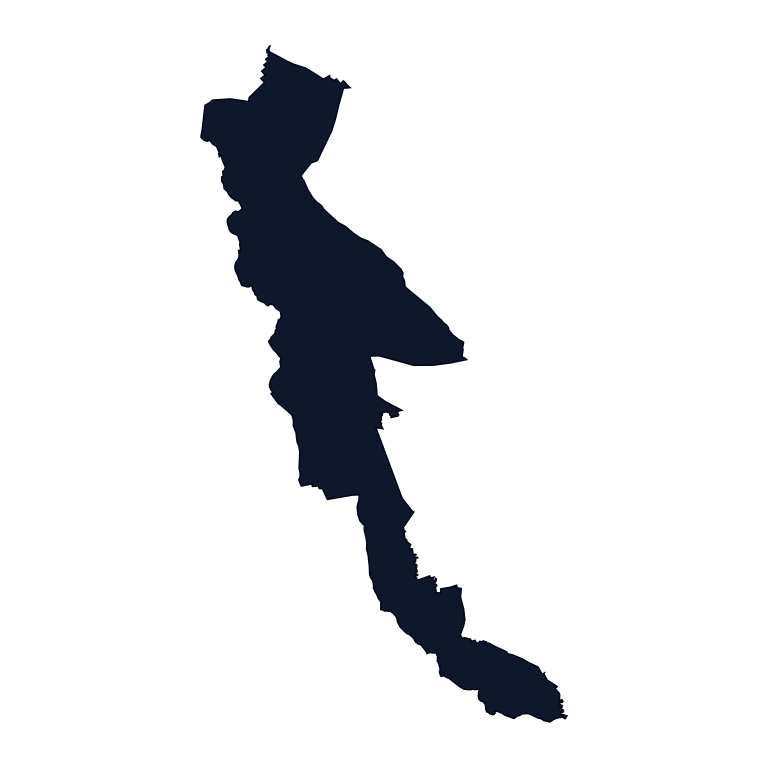 Fortín, Veracruz, Mexico (Mercator projection)
{"feature_id": "50627088B80111986215691", "entity_name": "Fortín", "entity_type": "district", "adm_level": 2, "iso_a3": "MEX", "parent_name": "Mexico", "parent_adm1": "Veracruz", "projection": "mercator", "projection_center": [-96.984, 18.895], "detail": "fine", "context": "isolated", "style": "filled", "palette": "ink", "viewbox_px": 768, "rotation_deg": 0, "n_neighbors": 0, "source": "geoboundaries", "source_scale": "gbopen_adm2", "svg_char_len": 6093}
<svg xmlns="http://www.w3.org/2000/svg" viewBox="0 0 768 768"><path d="M461.3,588.5L457.2,587.9L456.6,585.2L450.2,587.3L440.7,588.9L440.8,592.9L436.4,592.8L435.3,587.2L436.8,585.6L436.1,584.5L434.7,584.3L434.8,583.3L436.2,580.7L436.4,579.0L435.8,578.3L434.6,580.6L432.9,581.7L432.6,580.6L434.0,577.1L430.5,578.1L429.7,575.9L417.1,580.4L416.9,578.3L415.0,575.9L417.5,575.3L417.8,574.9L416.4,574.0L415.5,572.5L416.3,571.7L417.3,571.7L416.1,567.9L417.0,566.2L416.6,564.6L414.4,563.6L414.0,562.8L415.6,561.6L415.7,558.4L417.7,557.8L417.2,557.1L415.3,557.7L414.4,555.7L416.1,554.7L415.5,554.3L413.1,554.5L412.3,548.8L410.4,548.8L409.5,547.0L410.7,544.7L406.8,541.5L406.6,539.7L405.0,538.8L404.1,533.5L403.5,533.4L405.4,531.4L404.0,530.1L402.8,530.9L402.5,530.7L403.7,528.8L403.1,527.6L413.8,512.0L412.5,511.4L411.6,510.3L402.2,498.5L375.9,427.6L382.9,428.7L381.2,425.7L381.5,423.3L380.1,421.9L381.5,419.6L381.0,418.9L381.5,417.3L380.6,416.1L382.0,415.5L382.5,414.7L382.3,414.0L381.2,413.7L381.1,413.0L387.2,411.6L387.4,412.3L388.7,411.9L390.1,415.3L391.0,415.8L391.1,417.5L397.9,416.0L397.6,415.2L398.6,414.9L397.1,411.5L401.8,410.3L385.3,401.6L378.2,396.5L377.0,395.1L376.1,383.5L374.0,374.7L374.7,370.0L373.9,369.5L370.6,359.3L370.0,356.1L378.4,355.8L381.1,356.3L413.6,365.3L433.4,365.2L450.6,362.9L466.6,359.6L464.8,358.0L462.0,356.9L463.1,349.2L462.5,348.4L463.6,342.1L458.8,339.6L453.0,335.1L449.0,330.4L448.3,327.5L446.7,325.1L443.9,323.2L441.4,320.2L437.2,316.5L430.0,307.6L406.6,288.2L405.1,286.5L404.4,281.0L402.6,276.7L402.9,272.7L401.2,269.6L393.4,261.7L386.9,257.4L385.4,255.8L381.3,249.9L367.9,241.0L361.2,238.4L358.4,236.7L354.2,233.9L345.5,226.5L338.3,222.6L325.5,211.0L323.1,208.5L321.7,205.9L316.4,201.8L312.5,197.4L307.6,189.4L304.3,181.5L301.7,177.4L301.2,175.4L311.1,162.9L317.4,160.6L331.7,130.8L335.4,119.1L338.7,105.1L343.6,87.9L346.0,88.1L350.1,87.6L346.9,84.8L344.9,82.1L343.2,80.9L340.4,83.9L336.4,78.9L334.2,80.5L329.8,77.8L329.6,75.6L323.4,79.1L305.9,68.2L293.6,64.2L287.3,61.3L270.1,52.1L269.2,51.2L268.8,49.8L269.2,47.8L270.1,46.1L269.4,46.1L268.3,48.2L268.8,48.5L266.7,49.8L267.3,52.1L266.9,52.5L269.4,54.1L268.0,55.2L269.1,56.4L265.7,59.2L267.7,61.9L263.8,64.9L266.2,67.4L261.7,71.1L265.1,75.2L260.8,78.4L264.5,82.5L249.2,97.5L248.7,101.6L230.1,98.9L212.6,100.1L210.1,102.3L205.0,105.4L202.2,129.8L201.0,136.2L201.1,137.6L204.1,140.2L207.2,141.3L209.7,140.3L213.0,144.4L216.2,146.1L217.0,147.3L218.5,151.0L219.7,152.9L218.6,153.6L219.4,156.7L221.3,155.4L222.4,160.4L225.3,166.9L224.7,169.6L222.8,171.4L223.2,175.5L222.9,176.2L221.7,176.9L221.6,178.1L221.7,181.2L223.5,184.1L224.2,188.6L227.6,191.8L228.4,193.9L231.3,197.5L235.9,200.7L238.5,200.9L241.9,207.3L241.8,209.1L238.6,211.8L235.2,211.2L232.7,212.8L231.9,214.6L229.6,216.4L227.5,219.2L227.4,220.7L227.3,222.5L229.2,229.3L230.8,231.9L232.9,233.4L236.3,234.7L237.9,236.1L240.1,242.3L239.7,243.6L239.8,245.1L240.7,250.6L238.6,250.4L239.1,254.6L239.0,257.1L237.7,260.1L235.9,262.2L234.9,266.1L235.0,268.9L235.7,271.4L237.9,275.9L239.0,279.7L240.4,281.8L241.7,285.4L247.3,286.9L249.4,286.8L251.0,285.5L253.0,287.2L252.2,287.7L252.9,290.1L254.7,292.9L254.9,294.4L257.0,296.0L257.5,298.6L258.2,300.1L258.9,300.0L260.8,301.4L264.8,303.0L266.4,304.9L267.5,305.6L268.1,305.6L270.4,304.1L274.0,305.1L274.3,306.1L276.3,308.7L279.8,310.8L280.5,312.0L281.2,316.6L280.3,318.9L278.5,319.7L278.2,320.2L278.2,321.3L276.1,327.0L276.7,328.3L275.3,330.6L275.3,332.3L274.5,333.9L271.3,337.1L270.9,338.7L268.6,341.2L269.4,343.4L273.0,349.0L274.8,351.1L276.6,352.6L279.0,356.1L280.7,357.7L281.0,358.7L280.0,361.2L280.3,364.7L281.2,366.8L276.1,372.7L274.4,373.6L273.4,374.9L270.7,379.9L269.6,383.8L269.5,386.6L271.3,390.4L272.3,391.3L272.6,392.7L271.0,393.6L278.3,403.6L280.0,404.5L291.5,414.5L292.6,416.7L293.5,420.5L293.3,425.7L296.0,432.6L296.9,440.6L297.4,442.9L298.9,446.2L299.8,452.0L299.1,468.5L300.0,471.9L300.2,476.9L298.8,479.8L300.9,485.1L301.3,486.1L311.7,483.9L312.5,486.4L318.4,485.9L319.3,488.5L322.3,488.5L327.4,499.4L352.3,495.1L359.2,494.9L358.9,500.8L358.0,502.8L357.2,507.2L358.0,514.8L359.8,520.5L363.0,524.3L364.0,524.0L364.4,525.7L364.2,529.7L366.5,539.4L366.4,541.0L366.9,542.1L366.6,549.0L368.2,555.5L369.3,565.6L369.7,574.5L370.5,577.4L372.9,581.0L373.7,585.9L373.4,587.7L374.8,591.1L377.1,595.2L378.3,598.4L380.7,601.5L381.1,603.2L380.8,603.9L380.8,609.7L382.3,609.7L385.1,611.2L386.2,610.9L390.5,611.3L393.0,613.1L395.1,615.4L396.9,618.2L397.5,621.8L400.1,627.0L406.3,633.1L410.1,635.0L413.8,638.6L415.4,641.9L418.2,643.9L421.1,644.9L427.0,652.7L427.0,653.5L430.2,652.4L432.6,653.0L436.1,652.9L437.9,657.2L437.3,658.1L437.8,659.6L437.1,660.7L438.7,663.4L440.1,668.9L439.5,672.5L440.7,675.8L441.3,676.4L443.6,675.7L447.1,677.7L448.7,678.1L460.0,686.9L464.1,689.2L470.0,689.8L472.9,689.0L474.5,689.6L477.3,689.4L479.1,688.6L479.1,690.9L478.4,692.8L478.7,693.7L478.3,695.6L478.8,699.0L480.6,700.9L483.2,701.7L485.3,704.6L486.0,710.3L487.0,712.0L488.1,712.2L489.5,713.4L492.3,714.7L494.2,714.3L495.1,713.0L493.8,712.3L494.3,711.5L497.2,711.3L502.1,713.2L504.7,715.1L513.6,718.4L514.7,718.0L517.1,716.1L520.2,715.3L521.6,714.0L527.8,713.5L531.8,715.0L537.0,717.6L541.6,718.9L543.7,720.5L549.8,721.9L554.0,719.3L556.7,718.1L558.6,717.8L559.2,716.7L560.1,717.6L561.1,717.1L563.3,717.5L564.5,718.6L565.2,718.6L567.0,715.9L561.5,714.3L560.5,714.7L560.0,714.1L560.4,712.3L561.7,712.6L563.4,711.8L562.5,710.3L563.2,710.0L560.0,708.0L562.0,707.2L562.2,705.5L559.1,704.3L559.2,703.5L559.3,702.9L561.6,702.6L562.9,701.7L562.2,699.9L561.7,699.7L560.2,700.8L559.5,699.8L559.7,694.5L558.9,692.8L554.4,688.0L554.8,687.2L556.5,687.5L557.2,686.5L547.1,680.0L543.8,673.7L544.2,673.1L542.1,674.1L538.0,667.1L528.0,662.2L522.2,658.8L512.1,654.7L508.2,654.0L506.6,651.9L492.6,645.3L489.4,643.2L485.7,643.0L486.7,642.5L486.5,642.0L483.4,641.0L483.4,641.3L481.5,641.7L480.0,641.4L480.0,641.8L476.7,643.3L474.9,640.3L471.7,641.3L470.3,639.1L464.1,637.6L462.6,638.8L460.8,635.7L460.5,636.2L459.5,635.4L460.6,634.1L463.7,625.4L464.8,619.7L463.7,609.2L460.5,597.2L461.3,588.5Z" fill="#0f172a" stroke="#020617" stroke-width="1.5"/></svg>